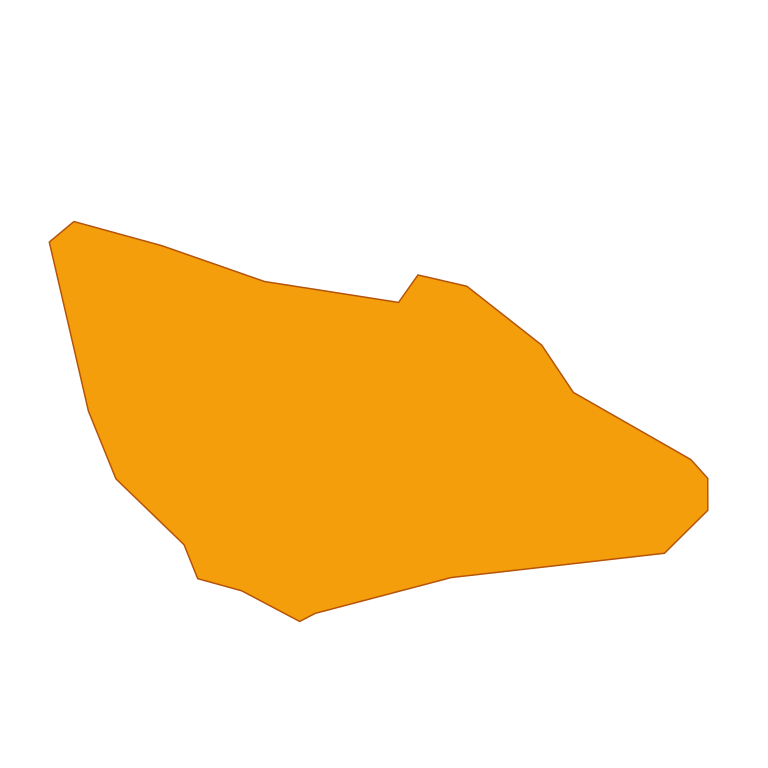 map outline of Blaenau Gwent (Equal Earth projection), rotated 167°
{"feature_id": "GBR-2131", "entity_name": "Blaenau Gwent", "entity_type": "Unitary Authority (wales)", "adm_level": 1, "iso_a3": "GBR", "parent_name": "United Kingdom", "parent_adm1": "", "projection": "equal_earth", "projection_center": [-3.185, 51.758], "detail": "fine", "context": "isolated", "style": "filled", "palette": "amber", "viewbox_px": 768, "rotation_deg": 167, "n_neighbors": 0, "source": "natural_earth", "source_scale": "10m", "svg_char_len": 457}
<svg xmlns="http://www.w3.org/2000/svg" viewBox="0 0 768 768"><g transform="rotate(167 384 384)"><path d="M326.4,482.6L281.3,460.6L221.6,386.4L201.4,333.2L102.0,241.3L89.8,219.2L96.9,188.1L148.8,156.0L362.1,180.3L502.6,176.0L519.6,171.6L569.2,214.5L609.3,236.2L615.0,272.4L666.5,351.8L678.1,424.1L678.1,510.8L678.2,597.6L652.9,610.4L649.5,612.0L569.3,568.7L477.5,510.8L351.5,460.2L326.4,482.6Z" fill="#f59e0b" stroke="#b45309" stroke-width="1.5"/></g></svg>